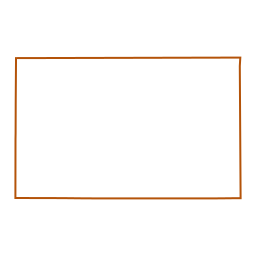 the district of Dundy, Nebraska, United States of America
{"feature_id": "52423323B35170285070049", "entity_name": "Dundy", "entity_type": "district", "adm_level": 2, "iso_a3": "USA", "parent_name": "United States of America", "parent_adm1": "Nebraska", "projection": "albers", "projection_center": [-101.7, 40.176], "detail": "fine", "context": "isolated", "style": "outline", "palette": "amber", "viewbox_px": 256, "rotation_deg": 0, "n_neighbors": 0, "source": "geoboundaries", "source_scale": "gbopen_adm2", "svg_char_len": 431}
<svg xmlns="http://www.w3.org/2000/svg" viewBox="0 0 256 256"><path d="M16.0,58.1L16.0,62.5L15.7,104.2L15.7,106.7L15.6,133.5L15.5,139.3L15.4,198.0L57.2,198.1L61.0,198.1L80.6,198.3L83.3,198.3L90.9,198.3L91.8,198.4L146.8,198.4L147.2,198.4L173.1,198.4L211.8,198.4L213.7,198.4L214.0,198.4L225.1,198.3L234.8,198.2L240.2,198.2L240.6,198.2L239.8,66.1L240.3,57.6L234.3,57.6L16.0,58.1Z" fill="none" stroke="#b45309" stroke-width="2"/></svg>